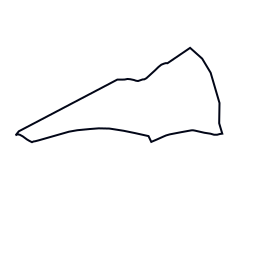 outline of Dennery By Pass/Green Mountain, Dennery, Saint Lucia, rotated 329°
{"feature_id": "8701671B40736207737623", "entity_name": "Dennery By Pass/Green Mountain", "entity_type": "district", "adm_level": 2, "iso_a3": "LCA", "parent_name": "Saint Lucia", "parent_adm1": "Dennery", "projection": "robinson", "projection_center": [-60.898, 13.911], "detail": "fine", "context": "isolated", "style": "outline", "palette": "ink", "viewbox_px": 256, "rotation_deg": 329, "n_neighbors": 0, "source": "geoboundaries", "source_scale": "gbopen_adm2", "svg_char_len": 863}
<svg xmlns="http://www.w3.org/2000/svg" viewBox="0 0 256 256"><g transform="rotate(329 128 128)"><path d="M222.5,91.3L195.2,92.8L193.9,91.9L192.2,91.4L189.2,90.9L185.5,91.4L180.9,92.5L169.4,94.8L167.1,94.7L165.5,93.9L160.8,92.9L159.2,91.6L157.8,89.9L155.0,87.3L152.8,85.7L150.0,84.7L143.7,81.0L32.7,74.6L28.7,76.1L28.7,76.4L30.2,76.6L31.8,78.1L33.5,81.0L35.5,85.8L36.8,88.2L38.4,90.7L40.1,90.9L41.5,91.5L44.8,92.5L60.4,96.7L75.6,100.8L83.4,103.8L94.3,109.0L102.7,113.2L111.9,119.0L122.8,128.1L131.3,135.9L141.4,145.5L140.8,151.9L146.6,152.7L154.1,153.6L156.9,154.0L160.6,155.0L171.5,159.0L181.0,162.6L182.5,163.4L183.9,164.6L191.0,171.4L195.8,175.4L198.2,178.0L201.0,179.7L203.8,180.5L205.9,181.4L206.0,181.0L206.1,180.6L207.6,174.7L208.6,170.9L219.3,153.7L227.3,123.2L227.3,106.8L225.3,100.3L222.5,91.3Z" fill="none" stroke="#020617" stroke-width="2"/></g></svg>